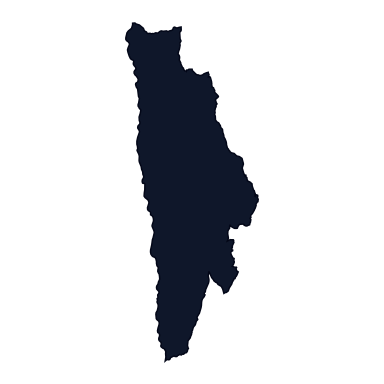 Boavita, Boyacá, Colombia (Natural Earth projection)
{"feature_id": "7082276B25149264338042", "entity_name": "Boavita", "entity_type": "district", "adm_level": 2, "iso_a3": "COL", "parent_name": "Colombia", "parent_adm1": "Boyacá", "projection": "natural_earth1", "projection_center": [-72.616, 6.332], "detail": "fine", "context": "isolated", "style": "filled", "palette": "ink", "viewbox_px": 384, "rotation_deg": 0, "n_neighbors": 0, "source": "geoboundaries", "source_scale": "gbopen_adm2", "svg_char_len": 5996}
<svg xmlns="http://www.w3.org/2000/svg" viewBox="0 0 384 384"><path d="M243.3,163.3L242.0,158.4L239.4,156.6L236.6,155.9L234.2,153.5L231.4,152.8L230.2,151.9L229.8,151.1L229.0,150.4L228.4,149.1L227.4,148.0L226.5,144.7L226.4,143.0L226.0,141.3L224.9,138.6L224.0,137.2L223.7,135.0L222.8,132.4L222.5,129.5L222.3,129.1L221.0,127.8L220.7,127.3L220.3,125.4L219.4,124.3L219.0,123.3L218.4,122.7L216.9,121.9L215.5,120.0L215.3,116.2L214.6,114.4L215.1,112.7L214.8,110.8L215.5,107.7L216.1,106.8L216.0,105.2L217.0,103.9L216.1,102.4L215.9,101.2L215.3,100.0L215.9,99.1L217.8,97.4L218.3,96.8L218.4,96.5L218.0,95.7L214.6,92.2L214.7,90.3L214.1,89.5L213.5,87.8L212.2,87.1L211.7,84.8L211.8,83.8L211.5,81.5L210.4,77.5L210.1,77.0L209.5,76.7L208.4,76.9L209.0,74.7L208.3,73.0L208.2,72.3L206.4,72.8L203.8,73.9L202.8,74.8L201.1,75.4L199.8,75.5L198.3,74.9L197.0,74.8L195.9,74.1L192.4,70.6L192.1,69.2L189.0,69.2L187.4,70.2L186.6,70.1L186.3,71.5L185.7,71.1L184.8,70.9L184.4,70.2L183.7,69.7L183.4,68.1L182.5,67.5L180.8,63.8L180.7,62.7L179.3,60.0L179.6,57.8L179.5,56.4L179.0,55.1L178.2,54.5L178.1,53.6L178.6,51.3L179.4,49.2L180.1,45.3L179.8,43.1L180.9,41.3L180.9,40.6L180.1,39.0L179.7,32.6L179.9,32.1L180.7,31.3L181.2,30.1L181.1,27.0L179.3,27.3L177.1,28.0L176.1,27.8L174.7,27.1L173.9,27.3L173.3,27.9L172.7,29.7L171.4,30.5L169.5,30.9L168.6,31.4L167.8,31.5L166.5,30.9L163.3,31.3L161.2,30.9L160.2,31.3L157.9,33.0L157.3,33.1L155.8,32.8L153.5,33.7L152.5,33.5L151.4,33.8L150.0,33.3L148.2,33.5L147.7,33.5L147.1,33.2L146.5,32.0L144.4,30.9L143.4,28.3L139.4,25.0L135.9,23.9L135.3,23.2L134.5,23.0L132.6,23.2L132.6,25.0L131.5,28.4L128.3,31.0L127.0,32.8L125.9,37.4L125.8,39.2L126.5,40.6L128.2,41.8L129.3,43.3L129.4,44.4L129.3,45.0L128.2,47.5L127.5,49.9L128.0,52.3L129.2,56.0L130.5,58.7L131.5,59.5L133.2,60.3L133.6,60.8L133.7,61.3L133.3,63.4L133.4,64.3L134.1,65.6L135.3,66.9L135.8,68.1L135.9,69.0L135.8,69.4L134.8,70.4L134.1,71.7L134.1,73.2L135.2,75.1L136.2,75.9L137.7,78.1L138.2,79.2L137.9,81.5L137.4,82.2L135.8,83.3L135.6,84.5L136.3,87.0L137.2,88.3L137.7,89.3L138.5,96.4L139.4,98.4L138.7,102.8L138.1,104.5L138.1,105.9L138.3,106.5L139.0,107.4L139.3,108.3L140.7,109.8L140.8,110.5L140.2,113.6L139.1,117.0L139.3,120.7L139.9,122.0L139.9,123.5L139.6,124.2L138.1,125.8L137.7,127.2L137.8,128.2L139.2,130.5L139.5,131.5L139.4,132.4L137.7,137.3L136.9,141.1L136.9,144.3L137.5,146.6L137.7,148.8L137.1,150.0L137.1,150.6L138.9,154.4L139.3,156.3L139.1,160.4L139.3,161.9L141.2,166.6L141.6,169.3L142.7,171.8L142.9,174.3L143.7,176.2L143.6,177.6L142.3,180.0L142.2,181.8L142.6,183.1L143.2,183.4L144.4,183.4L144.9,184.0L144.8,189.6L144.3,192.9L144.1,196.1L145.1,197.6L147.7,199.7L148.4,200.7L148.9,202.3L148.9,203.1L147.5,207.6L147.6,209.4L148.2,210.5L150.3,211.9L150.6,212.7L150.6,214.8L152.4,216.0L153.0,217.2L153.4,218.8L153.5,220.4L153.4,221.3L152.1,225.3L152.1,226.3L154.0,230.9L154.3,232.7L153.1,237.8L152.4,239.8L151.8,244.6L150.6,250.0L150.5,252.0L151.0,254.3L152.2,256.0L153.1,256.7L155.0,257.4L155.9,258.9L156.5,261.5L156.5,263.5L157.0,265.8L158.3,267.5L158.3,268.0L157.9,269.8L157.8,271.4L158.4,272.9L159.2,274.1L159.5,276.3L159.7,278.9L159.5,279.8L158.5,281.8L158.0,284.1L156.7,286.1L156.5,287.3L156.7,289.0L158.9,291.5L159.0,292.6L158.7,293.5L157.8,294.7L157.7,295.4L158.0,297.3L157.9,297.8L157.1,298.6L157.5,300.8L157.1,301.4L157.1,302.3L158.2,304.8L158.1,307.1L157.3,310.6L156.1,312.7L155.9,314.3L156.3,318.7L156.9,319.6L158.7,321.1L159.2,322.5L159.2,323.9L158.9,325.3L158.1,327.8L157.5,330.8L157.8,332.4L158.2,332.8L158.9,333.0L159.5,334.4L159.6,335.6L159.3,336.8L158.8,338.1L158.8,339.6L159.2,340.6L161.0,342.3L161.3,344.0L160.8,346.0L161.2,346.9L162.7,348.1L164.4,348.9L165.8,351.6L165.6,353.7L165.9,357.0L165.2,361.0L166.9,359.5L168.3,359.8L169.5,359.6L170.1,358.9L170.6,357.6L173.5,356.2L174.2,356.0L175.0,356.5L176.3,356.6L177.0,356.4L177.7,355.5L178.8,355.1L179.6,354.4L181.2,355.0L182.5,354.1L183.6,354.2L184.9,353.0L186.5,352.6L187.4,351.1L187.6,349.7L188.4,348.5L188.0,347.6L187.5,345.6L188.0,340.8L190.2,337.9L190.7,336.2L191.5,334.5L191.5,333.6L192.0,332.5L191.7,331.8L192.4,330.5L193.2,327.6L193.7,326.7L195.0,325.2L195.5,324.1L196.3,321.2L197.7,319.6L197.7,319.3L197.1,317.9L197.1,317.0L199.4,313.2L201.0,307.8L201.4,305.5L201.6,301.9L202.0,300.0L202.7,298.5L204.1,296.8L204.9,295.1L205.0,294.9L204.3,294.5L204.2,293.1L205.3,291.8L205.6,289.7L208.5,283.0L208.9,281.0L208.9,279.3L208.2,275.8L208.8,271.9L209.2,271.9L211.7,277.6L213.4,279.7L213.9,280.8L215.8,282.3L216.7,282.5L218.1,284.5L221.2,286.3L221.6,286.9L222.7,289.0L223.9,293.4L224.9,292.7L226.4,292.4L228.2,291.0L229.3,287.9L231.7,284.1L232.4,281.9L232.9,281.2L233.3,280.2L233.7,279.9L233.8,279.0L235.0,278.6L235.5,277.0L236.2,276.3L236.8,275.3L237.9,272.6L238.2,271.9L236.8,270.9L236.1,269.1L236.1,268.3L236.6,267.6L236.4,267.2L234.7,267.2L232.2,266.3L233.3,264.7L234.2,262.4L234.2,261.4L233.8,260.6L234.1,258.5L233.0,258.0L232.7,257.6L231.2,254.6L230.7,252.7L231.3,251.5L232.6,250.8L232.7,250.1L231.8,249.7L231.8,247.7L232.3,247.6L232.4,245.7L233.8,242.6L233.9,242.2L233.4,241.1L233.7,240.5L233.4,239.8L230.1,239.7L227.3,241.1L228.4,238.2L227.7,233.7L227.9,231.0L228.6,229.5L229.5,228.5L229.7,225.6L230.0,225.2L230.9,226.3L234.3,228.3L236.3,228.4L237.3,228.2L237.9,226.6L238.8,225.2L239.1,224.8L240.1,224.3L242.5,224.1L243.6,224.3L244.1,225.1L244.4,224.9L244.6,225.4L246.0,226.0L247.1,225.9L247.2,225.7L249.6,224.8L250.2,222.2L250.4,222.2L250.8,219.9L250.8,219.6L250.6,219.5L250.1,218.4L250.2,218.0L250.9,217.6L250.7,216.5L250.8,215.2L252.3,213.6L254.3,210.1L254.4,209.4L254.6,209.3L255.1,208.4L256.1,205.5L256.0,204.3L256.3,203.3L256.9,202.8L257.2,201.9L257.9,201.7L258.2,199.2L257.4,197.7L257.8,196.0L257.6,195.2L255.9,194.7L255.5,195.3L255.2,196.3L254.8,196.0L255.1,195.3L255.2,193.5L254.7,192.5L254.3,190.8L253.5,189.9L252.2,186.0L252.0,183.8L251.2,183.2L250.6,182.4L247.4,180.8L247.4,180.2L246.9,179.0L247.0,177.9L245.9,176.6L245.9,175.2L245.6,175.1L245.0,176.1L243.7,173.2L242.2,168.0L243.4,164.2L243.3,163.3Z" fill="#0f172a" stroke="#020617" stroke-width="1.5"/></svg>